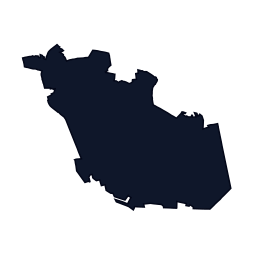 Susāju pag., Vilakas, Latvia (Albers equal-area conic projection), rotated 258°
{"feature_id": "27541924B7356494946618", "entity_name": "Susāju pag.", "entity_type": "district", "adm_level": 2, "iso_a3": "LVA", "parent_name": "Latvia", "parent_adm1": "Vilakas", "projection": "albers", "projection_center": [27.605, 57.194], "detail": "fine", "context": "isolated", "style": "filled", "palette": "ink", "viewbox_px": 256, "rotation_deg": 258, "n_neighbors": 0, "source": "geoboundaries", "source_scale": "gbopen_adm2", "svg_char_len": 5481}
<svg xmlns="http://www.w3.org/2000/svg" viewBox="0 0 256 256"><g transform="rotate(258 128 128)"><path d="M182.8,149.8L181.6,149.6L181.3,149.7L181.0,149.6L180.5,149.5L180.4,149.4L180.1,149.4L179.4,149.4L179.5,148.4L179.6,147.8L179.6,146.9L178.9,146.8L178.2,146.8L175.3,146.5L173.9,146.4L174.3,142.5L173.5,142.2L173.1,142.1L172.7,142.2L172.4,142.3L171.8,141.2L171.2,139.6L171.2,138.3L171.5,137.9L173.4,135.5L174.3,133.9L174.5,133.1L174.9,132.5L175.5,131.8L175.2,130.1L175.2,129.7L174.5,128.2L176.4,126.3L176.5,126.2L176.6,125.6L177.2,124.1L178.3,124.6L179.2,125.1L181.9,125.9L183.3,126.3L183.4,125.9L184.2,124.3L184.4,123.8L184.9,122.5L186.0,120.1L186.7,118.2L187.0,117.6L187.3,117.6L187.6,117.6L187.7,117.8L188.1,118.2L188.1,118.5L187.9,118.7L188.1,118.9L188.2,119.1L188.3,119.4L188.3,120.0L189.5,120.0L190.7,120.6L191.1,121.0L191.8,122.0L193.1,124.3L193.7,124.2L194.2,124.1L194.2,124.3L197.2,124.4L198.1,124.5L199.9,124.6L200.7,124.6L202.7,124.8L204.6,124.6L205.1,124.6L206.4,122.1L206.9,121.0L207.4,119.8L208.2,117.7L208.8,116.3L209.6,114.7L209.8,114.2L210.6,112.0L211.3,109.7L210.2,108.7L205.2,104.0L205.4,102.8L205.7,100.8L205.7,100.2L205.7,99.2L205.7,98.8L206.0,96.9L206.5,93.6L206.6,93.2L206.5,91.0L206.5,89.5L206.7,88.2L206.7,87.2L206.6,86.6L206.7,86.2L206.7,84.7L206.2,81.9L207.8,81.4L209.4,81.2L210.7,80.7L210.6,80.3L212.9,79.7L213.3,80.0L214.7,78.7L216.3,77.1L216.6,78.8L216.6,79.5L217.1,80.9L217.4,80.7L218.8,79.8L219.1,79.5L219.6,78.4L219.9,78.0L220.1,77.9L220.7,77.7L221.2,77.8L221.5,78.0L221.6,77.8L222.5,77.0L222.9,76.8L223.4,76.4L223.6,76.4L224.3,75.9L223.6,74.6L222.5,72.2L222.2,71.6L221.6,70.4L221.0,69.1L219.7,67.0L218.7,65.8L217.9,65.2L217.1,64.7L215.5,63.9L215.6,63.7L214.0,62.8L212.2,61.8L213.5,59.9L214.7,61.0L215.7,59.6L216.7,59.3L218.0,57.4L216.5,57.1L215.1,56.7L215.3,56.4L215.6,55.2L217.1,55.0L217.8,52.3L217.3,51.3L218.4,49.6L218.3,49.3L218.1,48.3L218.4,46.4L218.4,44.0L218.5,41.6L218.4,41.1L218.4,39.5L216.1,39.5L215.9,39.6L215.4,39.7L214.5,39.7L214.4,39.7L212.0,39.7L209.4,39.5L208.5,41.3L208.1,42.5L207.1,44.4L205.8,47.0L205.4,48.2L205.3,48.9L205.0,49.9L204.6,50.6L204.1,51.4L203.6,52.0L203.3,53.0L202.9,53.8L201.9,55.3L201.7,55.8L200.8,55.4L199.7,54.7L199.0,54.4L197.7,54.2L195.4,54.3L195.3,54.5L193.9,54.6L193.8,54.1L191.6,54.4L189.7,54.4L189.6,54.7L187.2,54.7L184.4,54.8L183.6,58.6L183.2,60.5L182.4,60.3L182.4,61.1L182.4,61.7L182.3,62.0L181.9,62.5L181.5,62.9L181.4,63.0L181.6,63.4L181.7,63.5L181.4,63.8L181.6,64.1L181.7,64.4L181.6,64.9L178.7,63.3L177.9,63.0L177.8,62.6L177.3,60.1L176.4,60.3L175.9,59.2L175.6,57.8L175.1,55.9L171.7,56.1L171.7,55.3L169.5,55.4L168.7,55.6L167.4,55.9L166.7,56.2L165.9,56.5L165.3,56.9L165.0,57.1L164.3,57.6L162.8,58.8L160.9,60.4L159.3,61.8L158.3,62.5L158.5,62.8L158.2,63.1L156.7,64.2L155.6,64.8L152.5,67.4L152.5,67.5L151.9,67.9L151.7,67.9L149.8,68.7L148.2,69.1L138.6,70.7L123.1,73.4L118.7,74.2L115.1,74.7L111.7,75.3L107.6,76.1L107.6,75.7L108.0,72.7L108.2,71.4L108.2,70.3L108.0,69.2L107.5,69.5L107.2,69.5L104.6,69.3L101.9,69.3L96.9,68.9L96.6,68.9L96.3,69.1L94.7,69.8L83.7,74.6L84.2,78.8L83.4,79.0L83.5,79.4L83.5,79.6L86.6,79.5L87.5,79.4L87.8,79.4L88.1,79.5L88.4,79.7L90.1,81.2L90.0,83.3L89.8,83.3L87.9,83.3L86.9,83.2L86.6,83.3L86.1,83.5L83.1,86.1L83.2,89.5L77.2,90.0L77.3,93.7L71.5,93.7L67.8,97.6L67.3,99.7L63.7,100.5L58.2,110.1L61.9,114.1L61.3,114.2L61.0,114.8L59.4,116.5L58.5,115.7L55.0,112.7L54.6,113.0L54.3,113.2L53.9,112.7L54.3,112.1L54.0,111.6L57.0,107.2L60.7,100.6L60.4,100.7L59.4,100.9L58.2,101.3L58.0,101.6L57.7,102.0L57.5,102.4L52.6,110.0L51.0,112.4L50.8,112.6L46.8,116.2L48.5,117.5L49.2,117.8L49.7,118.2L49.0,120.8L47.3,127.5L50.4,127.4L49.7,134.3L48.7,137.1L46.2,144.9L44.0,146.5L42.7,146.3L41.5,151.2L40.8,153.9L40.6,154.5L39.5,158.9L39.6,159.0L44.7,160.2L45.0,160.2L46.0,160.4L43.5,166.0L42.0,169.4L40.1,168.6L38.9,171.5L40.0,172.7L38.2,174.5L37.8,174.8L37.1,175.5L35.6,175.1L33.6,183.1L33.3,184.4L33.2,184.7L32.6,187.4L32.5,187.8L32.4,188.3L31.7,191.3L34.9,196.4L35.3,196.9L37.5,200.5L39.1,203.3L40.6,205.2L42.2,207.8L46.8,214.8L47.6,216.0L91.2,216.2L95.2,216.3L110.7,216.4L110.7,216.5L113.6,216.5L113.6,212.3L114.0,209.2L113.8,206.6L111.8,207.2L111.9,206.4L111.9,205.7L111.9,205.0L111.4,201.1L119.9,203.3L124.4,202.8L126.6,201.0L126.1,200.3L125.8,200.2L125.2,199.7L125.4,198.7L126.3,198.5L126.3,198.4L127.6,198.5L128.1,198.3L129.1,196.2L126.8,196.6L126.3,196.7L124.8,197.0L124.9,196.0L125.0,193.6L127.0,193.6L127.2,192.9L125.7,192.3L126.2,189.4L127.5,187.9L126.9,187.3L129.9,184.2L130.1,184.4L130.7,184.4L130.7,186.1L130.3,186.9L130.8,187.5L132.3,185.1L132.5,184.1L131.1,182.9L130.6,182.1L127.5,177.5L128.2,176.5L128.3,176.5L130.0,174.7L130.7,173.8L131.3,173.1L134.5,169.9L137.2,166.9L137.6,166.4L140.4,163.4L141.9,161.5L142.8,160.4L143.1,160.1L143.7,159.5L144.9,158.0L145.2,157.5L148.1,157.5L149.7,157.6L151.1,157.7L152.0,158.0L154.7,158.1L156.6,158.7L159.3,159.3L159.7,159.5L162.2,160.4L162.4,160.5L164.9,162.9L165.1,163.7L166.1,164.5L167.8,166.1L168.4,166.4L169.0,166.7L169.4,166.7L169.5,166.4L170.0,166.1L171.4,166.1L172.1,165.6L172.2,165.0L172.5,164.2L172.8,164.1L173.1,163.8L173.2,163.7L173.4,163.5L173.6,163.5L175.0,162.2L176.1,161.1L176.5,160.7L178.6,158.5L179.2,158.0L179.2,157.5L179.1,157.4L179.4,157.1L179.5,156.8L179.5,156.6L179.5,155.9L179.7,155.6L179.8,155.4L180.0,155.1L180.1,154.6L180.6,154.3L180.9,154.0L181.0,153.8L181.2,152.8L181.1,152.6L181.0,152.4L181.0,152.2L181.3,151.8L181.7,151.6L182.0,151.6L182.1,151.1L182.8,149.8Z" fill="#0f172a" stroke="#020617" stroke-width="1.5"/></g></svg>